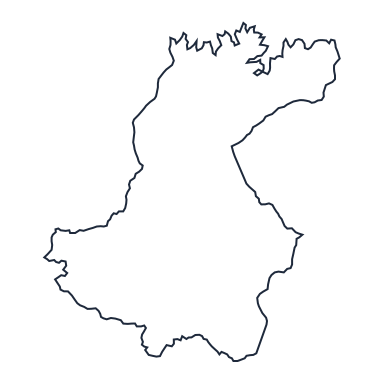 Patrocínio Paulista, São Paulo, Brazil (Mercator projection)
{"feature_id": "56859067B95718111094950", "entity_name": "Patrocínio Paulista", "entity_type": "district", "adm_level": 2, "iso_a3": "BRA", "parent_name": "Brazil", "parent_adm1": "São Paulo", "projection": "mercator", "projection_center": [-47.28, -20.694], "detail": "fine", "context": "isolated", "style": "outline", "palette": "slate", "viewbox_px": 384, "rotation_deg": 0, "n_neighbors": 0, "source": "geoboundaries", "source_scale": "gbopen_adm2", "svg_char_len": 4469}
<svg xmlns="http://www.w3.org/2000/svg" viewBox="0 0 384 384"><path d="M339.7,58.6L337.5,51.6L335.7,47.3L335.4,44.4L334.5,40.5L331.1,39.7L329.2,43.3L326.3,40.5L322.3,40.1L318.8,40.2L314.7,41.6L312.7,44.4L310.7,47.5L308.0,49.2L304.9,48.1L304.5,43.8L302.0,40.1L298.6,39.1L295.4,40.2L293.4,44.4L290.6,47.3L288.4,44.7L287.5,42.1L285.8,39.1L283.5,42.5L283.5,45.9L282.6,50.1L282.3,53.5L282.5,56.9L279.7,56.0L277.1,56.5L274.8,59.0L270.5,58.1L270.0,63.3L270.1,67.8L269.7,70.6L267.6,74.1L262.6,71.7L263.7,68.7L263.6,65.1L260.3,63.1L260.2,59.9L256.5,61.9L250.3,62.3L247.0,62.8L249.5,59.2L254.0,59.0L257.4,56.1L261.6,55.6L263.6,53.1L265.8,50.8L268.0,46.2L264.4,45.2L260.0,44.7L262.3,40.7L264.4,37.3L259.6,37.4L261.6,34.4L257.9,32.6L254.2,32.5L253.8,29.6L254.7,26.3L249.9,27.8L247.2,32.2L245.4,28.4L245.9,25.0L243.4,23.0L241.4,27.9L239.8,31.9L236.3,30.5L234.8,34.2L237.0,39.4L239.2,43.6L234.7,45.5L234.0,42.4L231.5,41.1L230.8,36.6L228.3,33.6L225.2,31.4L224.6,34.2L222.4,36.0L217.6,34.2L217.9,37.5L219.8,41.1L221.3,45.2L218.2,48.3L215.9,51.6L215.6,55.1L212.8,53.0L212.2,48.4L210.9,45.2L210.0,41.6L206.8,42.5L203.9,42.2L203.5,45.2L201.8,48.3L197.2,50.7L196.2,47.3L196.6,41.0L193.9,44.9L190.2,48.1L187.4,49.3L186.9,45.0L188.0,42.1L185.6,38.9L186.3,35.2L183.5,33.0L182.3,36.5L179.8,40.0L176.3,43.5L175.0,39.7L170.3,37.8L170.6,41.1L170.5,45.0L169.3,49.0L170.4,52.7L172.5,56.9L173.8,60.7L172.1,65.0L168.8,67.6L166.3,69.5L163.6,72.5L161.2,75.6L158.6,79.0L157.9,83.4L157.9,87.3L156.8,92.9L156.0,96.4L154.5,98.8L150.1,102.0L146.1,105.7L144.3,108.2L142.4,110.5L138.5,115.0L134.0,119.5L132.8,122.8L134.0,127.4L134.4,132.3L134.0,135.5L133.6,138.8L133.2,142.3L134.0,145.6L134.6,149.4L135.8,153.3L137.6,157.6L138.5,160.8L139.8,163.4L142.7,165.5L142.0,168.9L139.1,171.7L135.7,173.8L134.4,178.0L130.3,180.7L129.0,184.5L129.9,188.3L127.5,192.1L125.9,196.3L126.5,199.8L126.2,203.4L125.2,208.0L123.2,211.4L118.9,211.4L116.6,214.0L113.7,213.3L111.6,215.7L110.1,219.3L108.0,221.2L106.8,225.7L103.8,226.5L100.7,226.2L96.8,226.5L92.9,227.9L88.6,229.1L83.6,230.8L79.7,230.1L75.2,233.0L70.1,233.0L69.3,230.3L65.7,230.9L60.7,230.3L58.3,228.5L55.5,229.3L55.8,232.1L52.8,234.7L51.6,237.4L51.6,241.3L52.2,245.0L51.6,249.8L47.7,254.1L44.3,257.4L47.2,259.2L49.2,261.0L54.2,260.0L56.1,262.0L59.0,262.8L61.4,260.7L65.6,261.5L66.2,265.7L63.2,269.7L67.2,273.0L64.9,276.0L61.2,275.2L58.5,277.1L55.1,279.4L57.6,283.2L59.8,286.5L60.5,289.6L63.9,291.3L68.0,291.4L71.9,295.5L75.0,300.0L77.3,303.2L80.1,305.3L84.2,306.9L87.5,308.9L91.0,308.8L95.7,308.3L98.6,310.9L100.2,313.8L101.0,316.9L103.4,318.3L106.7,319.3L110.9,318.0L115.4,318.6L120.8,320.2L123.3,323.6L127.7,323.9L131.3,323.6L135.0,323.5L136.8,326.4L141.1,326.4L144.2,325.5L145.9,328.0L143.9,331.6L142.1,334.5L141.4,337.9L142.9,341.9L141.9,344.7L144.3,346.6L147.2,347.4L145.2,350.0L148.7,354.9L152.5,355.8L156.4,356.6L160.0,356.1L162.1,351.9L164.2,348.7L166.6,345.1L171.8,346.3L173.9,343.7L173.8,339.5L177.4,339.1L180.6,340.3L182.2,336.2L186.4,339.0L188.6,337.5L191.5,337.4L195.3,335.0L199.4,334.8L202.1,336.1L203.6,338.9L206.8,339.6L208.2,342.0L210.0,344.3L211.8,346.4L214.4,348.8L217.5,351.6L219.4,354.4L221.5,351.9L224.2,353.0L227.2,354.4L229.0,357.1L231.9,358.3L233.4,361.0L237.5,361.0L241.3,359.6L244.7,358.3L246.5,355.8L249.9,355.2L253.3,354.9L256.3,353.3L266.5,324.6L267.0,321.0L266.1,317.7L262.3,313.0L258.9,306.3L257.9,303.3L257.2,297.9L259.9,293.9L263.2,291.6L267.6,289.1L268.1,284.3L269.5,278.1L271.5,275.0L274.7,272.4L278.5,271.6L283.8,272.4L287.2,268.9L290.6,268.1L292.1,264.5L292.1,259.2L293.3,254.0L294.6,247.6L296.2,245.1L296.6,238.8L299.2,237.4L302.4,234.7L298.6,233.5L295.6,232.2L291.9,228.3L287.3,228.6L284.6,226.0L282.9,222.1L281.6,219.0L279.4,216.5L278.1,213.7L276.3,211.5L274.4,208.5L272.4,204.9L269.0,203.4L265.3,204.3L261.3,204.4L259.3,202.2L258.8,198.7L255.9,196.2L255.2,192.0L252.0,189.2L249.2,186.7L246.4,183.6L245.1,180.5L234.7,156.2L233.2,151.9L231.7,146.3L234.8,144.8L238.5,143.0L242.5,140.3L245.1,137.5L247.0,135.0L249.5,133.7L251.5,131.0L253.0,127.2L256.2,125.5L259.1,123.6L263.3,120.5L265.6,116.7L268.9,115.2L272.1,114.1L275.3,111.2L278.5,108.1L284.2,106.8L287.0,104.6L293.4,101.5L300.0,100.1L303.2,100.2L305.8,100.6L309.0,101.3L311.7,102.8L314.6,102.3L317.8,100.5L321.6,100.0L323.8,96.6L323.5,92.6L324.7,88.8L325.9,85.1L332.4,82.0L335.0,79.2L335.0,75.4L334.2,71.4L334.0,68.6L334.1,65.3L336.7,61.9L339.7,58.6ZM262.6,71.7L259.6,73.9L257.2,75.4L254.0,73.1L258.5,69.6L262.6,71.7Z" fill="none" stroke="#1e293b" stroke-width="2"/></svg>